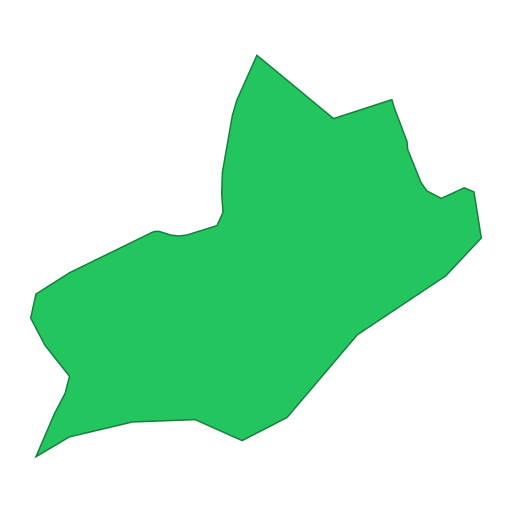 the border of Genève
{"feature_id": "CHE-159", "entity_name": "Genève", "entity_type": "Canton", "adm_level": 1, "iso_a3": "CHE", "parent_name": "Switzerland", "parent_adm1": "", "projection": "albers", "projection_center": [6.105, 46.231], "detail": "fine", "context": "isolated", "style": "filled", "palette": "green", "viewbox_px": 512, "rotation_deg": 0, "n_neighbors": 0, "source": "natural_earth", "source_scale": "10m", "svg_char_len": 624}
<svg xmlns="http://www.w3.org/2000/svg" viewBox="0 0 512 512"><path d="M178.6,236.0L186.6,235.1L217.0,225.6L223.0,212.3L221.7,193.9L222.4,172.3L232.3,115.8L236.8,100.3L256.9,55.3L270.4,66.4L333.5,118.6L391.9,99.6L394.2,107.6L407.0,141.5L407.7,149.5L421.0,182.5L426.9,190.9L441.3,198.4L464.3,187.8L474.0,192.0L481.3,238.0L445.7,275.9L357.4,334.7L287.0,417.5L242.1,440.6L195.1,419.6L132.1,422.0L69.4,436.9L36.0,456.7L54.5,413.5L65.1,393.4L69.5,376.3L45.1,345.5L30.7,318.1L35.9,294.1L69.6,272.7L152.4,232.2L154.7,231.5L157.0,231.3L159.5,231.5L170.4,235.0L178.6,236.0Z" fill="#22c55e" stroke="#15803d" stroke-width="1.5"/></svg>